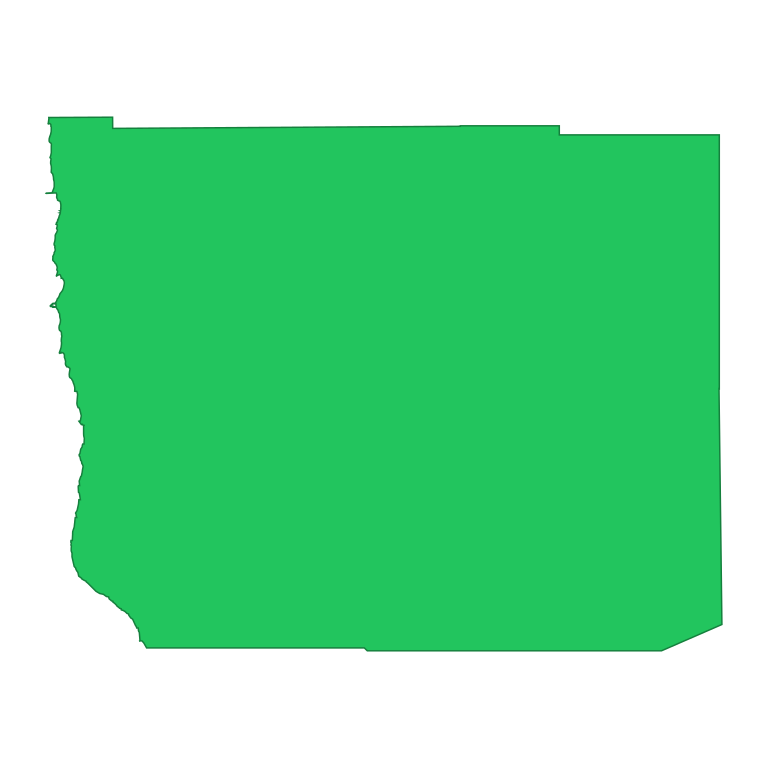 84, Ar Rayyān, Qatar
{"feature_id": "91078587B80601194471899", "entity_name": "84", "entity_type": "district", "adm_level": 2, "iso_a3": "QAT", "parent_name": "Qatar", "parent_adm1": "Ar Rayyān", "projection": "mercator", "projection_center": [50.776, 25.173], "detail": "fine", "context": "isolated", "style": "filled", "palette": "green", "viewbox_px": 768, "rotation_deg": 0, "n_neighbors": 0, "source": "geoboundaries", "source_scale": "gbopen_adm2", "svg_char_len": 4596}
<svg xmlns="http://www.w3.org/2000/svg" viewBox="0 0 768 768"><path d="M48.8,117.5L48.9,118.4L48.3,123.1L48.1,123.5L48.2,123.8L48.7,124.0L49.8,123.5L50.8,124.4L50.9,125.1L50.9,126.4L51.3,127.1L51.2,131.6L50.6,134.4L49.7,136.8L49.2,138.7L49.1,140.3L49.2,141.4L49.6,142.1L50.5,142.9L51.0,143.2L51.3,143.8L51.4,144.7L51.3,146.0L51.3,147.4L51.3,152.7L50.8,155.3L50.4,156.6L50.0,157.4L50.1,157.8L50.9,158.5L51.0,159.3L50.7,161.3L50.6,163.2L51.3,166.2L51.4,168.4L51.3,170.5L51.2,172.2L52.7,174.0L53.4,176.9L53.6,179.7L54.0,180.9L54.2,182.4L54.2,186.7L53.9,188.1L52.1,192.8L46.3,193.1L46.1,193.3L46.3,193.4L56.1,192.9L56.8,194.5L56.8,195.6L56.6,197.1L56.9,198.2L57.4,199.0L57.6,200.2L58.7,200.8L59.8,201.1L60.3,201.9L60.9,204.9L60.8,206.3L60.9,206.7L60.7,208.4L60.9,208.5L60.5,210.9L60.2,210.9L60.5,211.1L60.2,212.7L59.9,212.8L60.3,212.9L60.2,213.6L59.3,215.7L58.9,217.2L58.4,218.6L57.7,219.9L58.0,220.0L57.6,221.1L56.7,222.5L57.0,222.6L56.0,224.2L57.2,224.8L57.2,225.6L57.1,226.8L56.7,227.9L56.6,228.7L57.3,229.5L57.4,230.3L57.2,231.1L56.3,233.1L55.8,233.8L55.2,235.2L55.2,238.1L54.9,240.7L54.1,243.7L54.1,244.5L54.3,245.3L54.8,245.7L54.9,246.5L54.8,247.6L55.1,248.8L55.2,249.9L55.1,250.8L54.7,251.7L54.2,252.4L54.1,253.6L53.9,254.3L53.3,255.4L52.8,256.6L52.9,257.3L52.9,258.1L52.7,259.3L52.9,260.5L53.8,261.4L54.5,262.0L54.8,262.7L55.2,263.4L55.8,263.9L56.3,264.5L56.6,265.6L57.1,266.6L57.2,267.3L57.1,268.4L56.8,269.9L57.4,270.7L57.6,271.5L57.2,273.3L56.4,275.6L56.5,276.0L59.2,274.6L60.0,274.7L60.4,275.2L61.2,277.4L61.2,277.9L61.2,278.3L62.2,278.2L62.5,278.3L63.4,279.9L63.9,280.5L64.3,282.0L64.3,283.7L64.0,285.3L63.4,288.2L62.4,290.6L61.3,292.1L60.0,293.7L59.5,295.2L59.0,296.5L58.3,297.8L57.4,298.7L57.2,299.3L56.5,301.2L55.2,303.2L52.8,303.4L50.3,305.7L50.3,306.2L50.6,306.5L51.0,306.5L51.3,306.2L51.7,305.0L53.0,303.9L55.9,303.7L55.9,304.5L56.0,305.0L56.0,305.5L56.1,306.0L56.1,306.7L54.3,306.8L53.7,306.6L53.1,306.2L52.7,306.2L52.4,306.4L52.2,306.8L52.4,307.1L52.8,307.3L56.0,307.1L57.5,309.6L58.0,310.1L58.7,312.4L59.3,313.2L59.6,313.9L59.8,316.9L60.5,319.8L60.3,322.2L59.9,324.0L59.2,325.7L59.0,327.5L59.1,328.8L59.4,330.0L59.8,330.6L60.4,330.8L60.8,331.2L61.3,332.2L61.5,333.3L61.5,334.9L61.8,335.6L61.8,336.5L61.5,337.7L61.3,339.7L61.3,341.4L61.5,342.1L61.5,344.1L61.1,347.4L60.4,349.7L59.4,352.5L59.4,352.9L59.8,353.3L60.1,353.1L61.1,353.1L61.3,352.9L59.8,353.0L59.9,352.7L60.6,352.4L61.4,352.4L62.2,352.7L63.1,352.9L63.9,353.7L64.4,354.9L64.4,357.4L64.9,358.6L65.4,360.6L65.6,361.3L65.4,363.4L65.5,364.5L65.8,364.9L65.9,365.6L66.4,365.9L66.8,366.8L67.7,366.9L68.6,367.3L69.9,368.4L70.0,369.1L69.5,371.8L69.2,374.4L69.4,376.6L69.8,377.5L70.6,378.1L71.4,378.6L72.1,380.0L72.9,381.3L73.3,382.9L73.8,384.0L74.2,385.2L74.7,387.2L74.8,388.6L74.7,391.2L74.9,391.2L75.3,391.2L75.5,391.4L76.1,391.3L76.9,391.4L77.6,394.3L76.9,403.2L77.1,404.9L78.1,407.6L78.9,407.7L79.4,408.6L79.9,409.9L81.3,415.8L80.3,421.0L79.5,421.0L78.9,421.2L81.4,424.6L82.4,424.3L83.1,425.3L84.0,425.4L83.6,426.2L83.6,433.8L83.7,435.6L84.0,437.0L84.3,438.1L84.3,438.5L84.3,438.8L84.0,444.0L82.8,444.0L82.4,444.9L82.1,447.0L80.7,449.2L79.9,453.7L79.2,454.4L79.2,455.9L79.9,456.6L80.7,460.3L81.4,461.1L81.9,463.7L82.3,464.1L82.9,465.5L83.1,466.8L82.5,469.6L82.2,472.2L81.4,475.9L80.7,476.7L79.2,481.1L79.6,485.6L78.5,485.6L78.2,486.6L78.5,492.3L79.3,493.0L80.4,499.7L78.9,499.7L78.5,504.1L77.1,510.5L75.6,513.0L75.6,513.3L75.8,513.6L76.2,514.9L76.1,515.3L76.7,517.5L75.3,517.5L75.2,517.7L74.8,521.6L74.7,522.9L74.6,523.4L74.2,527.1L72.7,531.6L72.6,533.9L72.7,534.2L72.6,534.6L72.3,540.5L71.0,540.5L70.9,541.2L70.9,542.4L71.4,543.0L71.0,544.4L71.0,545.3L71.4,545.7L71.2,548.6L71.2,550.9L72.0,553.1L72.0,556.8L74.2,566.5L75.7,568.0L75.7,568.9L76.1,569.3L76.5,570.5L77.9,572.4L78.7,576.1L81.6,578.3L81.7,578.8L82.0,579.0L83.6,580.0L84.7,580.6L85.7,580.9L86.1,581.3L86.1,581.7L86.7,582.2L87.9,583.2L96.0,591.3L99.7,593.5L103.4,594.3L106.4,596.5L108.6,596.9L109.1,598.7L109.2,598.9L110.8,600.2L111.5,600.9L113.0,601.3L113.0,602.2L114.5,603.2L116.3,605.0L117.1,606.2L117.7,606.7L118.2,606.9L119.7,608.3L121.2,608.7L121.2,609.8L121.3,609.9L123.6,610.6L124.2,611.1L124.8,611.3L127.1,613.5L128.5,613.9L128.9,615.4L130.8,618.0L132.6,619.1L135.6,625.7L136.3,626.5L136.7,628.0L138.2,628.0L138.5,630.9L139.3,632.4L140.0,640.6L139.2,641.3L140.9,640.7L142.2,641.1L142.8,641.8L143.0,642.1L143.7,642.8L146.6,647.9L364.3,647.9L367.3,650.8L661.5,650.8L721.9,624.5L719.0,388.7L719.3,388.8L719.3,134.9L559.3,134.9L559.3,125.8L460.3,125.8L460.3,126.3L112.7,128.4L112.6,117.2L48.8,117.5Z" fill="#22c55e" stroke="#15803d" stroke-width="1.5"/></svg>